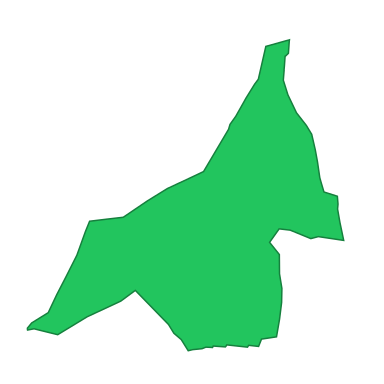 Gubadag, Tashauz, Turkmenistan (orthographic projection), rotated 184°
{"feature_id": "10190150B74382957458545", "entity_name": "Gubadag", "entity_type": "district", "adm_level": 2, "iso_a3": "TKM", "parent_name": "Turkmenistan", "parent_adm1": "Tashauz", "projection": "orthographic", "projection_center": [57.511, 41.081], "detail": "fine", "context": "isolated", "style": "filled", "palette": "green", "viewbox_px": 384, "rotation_deg": 184, "n_neighbors": 0, "source": "geoboundaries", "source_scale": "gbopen_adm2", "svg_char_len": 1308}
<svg xmlns="http://www.w3.org/2000/svg" viewBox="0 0 384 384"><g transform="rotate(184 192 192)"><path d="M333.8,43.4L316.0,40.3L287.9,60.2L255.4,78.2L241.7,89.9L206.2,58.2L200.2,49.8L192.9,44.4L192.5,44.1L192.4,44.0L184.7,33.4L180.3,34.8L174.4,35.8L171.0,36.4L167.3,38.2L162.9,38.3L160.7,38.3L160.3,39.2L160.1,39.8L147.9,39.8L147.3,40.6L146.6,41.9L125.8,41.1L124.8,43.0L114.8,42.6L112.4,50.1L97.6,53.4L95.8,71.2L94.9,88.1L95.6,102.1L99.0,116.5L100.5,135.7L111.1,147.2L102.5,161.3L91.4,160.8L70.2,153.8L62.9,156.3L37.3,154.3L42.3,171.9L45.6,185.2L45.5,190.1L46.7,197.9L59.9,201.1L60.4,201.3L63.7,210.1L65.5,215.1L68.9,230.7L72.0,242.8L72.1,243.1L76.6,257.9L82.6,266.4L93.3,278.3L103.1,295.6L108.7,309.9L108.6,319.8L108.7,320.3L108.6,324.1L108.6,333.7L108.4,333.9L108.4,334.2L108.0,334.3L105.5,337.1L105.5,349.3L105.4,350.4L105.4,350.6L106.1,350.3L108.0,349.7L128.2,342.5L128.5,342.4L130.9,327.0L133.7,309.1L134.5,307.9L137.0,304.0L144.7,289.4L146.8,284.9L153.6,270.6L158.8,262.1L158.9,261.6L159.9,257.1L181.9,213.2L185.1,211.4L192.2,207.4L216.7,193.8L235.9,180.0L258.8,162.0L274.9,159.0L292.1,155.7L295.5,145.3L302.4,121.0L311.8,98.6L319.7,80.3L327.0,61.6L342.8,50.2L346.7,44.7L346.5,42.9L346.4,42.8L346.1,42.9L342.0,44.0L339.9,44.5L333.8,43.4Z" fill="#22c55e" stroke="#15803d" stroke-width="1.5"/></g></svg>